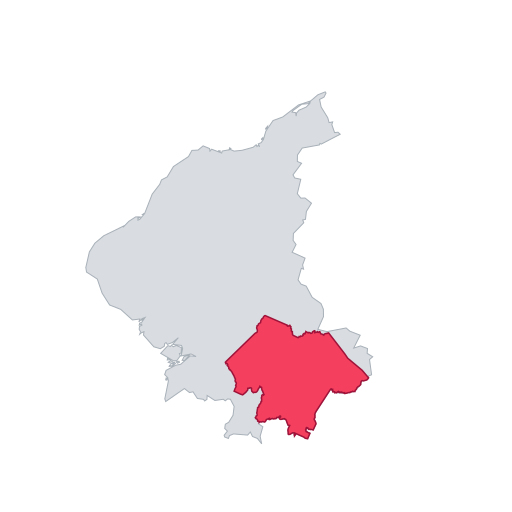 Brazil, with Amazonas highlighted, rotated 204°
{"feature_id": "BRA-592", "entity_name": "Amazonas", "entity_type": "State", "adm_level": 1, "iso_a3": "BRA", "parent_name": "Brazil", "parent_adm1": "", "projection": "natural_earth1", "projection_center": [-64.603, -3.801], "detail": "fine", "context": "in_parent", "style": "filled", "palette": "rose", "viewbox_px": 512, "rotation_deg": 204, "n_neighbors": 0, "source": "natural_earth", "source_scale": "10m", "svg_char_len": 9628}
<svg xmlns="http://www.w3.org/2000/svg" viewBox="0 0 512 512"><g transform="rotate(204 256 256)"><path d="M158.0,114.5L162.2,118.7L167.4,116.7L169.0,119.3L172.0,115.5L179.0,111.7L180.6,108.0L185.1,106.0L185.4,103.7L180.3,102.8L178.9,93.0L174.4,86.7L180.5,89.9L185.8,89.7L189.6,92.9L190.8,89.0L204.2,84.3L207.2,81.1L207.0,78.1L211.0,77.9L212.2,79.3L210.9,84.4L214.4,85.7L215.6,89.8L213.3,93.0L212.2,101.1L214.8,109.7L221.1,114.7L223.8,113.9L225.2,111.2L227.6,111.8L234.8,107.3L243.9,108.7L242.5,105.1L243.9,102.7L245.7,103.7L251.6,102.0L258.3,106.3L261.2,104.2L267.5,105.8L279.3,86.3L281.2,88.4L285.2,106.2L287.2,109.0L291.2,110.5L291.6,115.0L284.9,123.6L280.8,126.4L275.3,138.1L269.9,139.8L275.5,140.1L283.8,134.2L285.4,141.7L287.7,144.0L296.2,141.4L293.7,149.8L297.1,143.1L301.0,139.2L302.9,140.3L303.8,139.1L303.1,136.1L305.7,132.4L312.4,131.5L326.6,138.0L327.6,141.3L329.6,139.0L332.9,141.5L333.8,144.3L332.1,146.3L332.8,147.3L334.6,145.4L335.0,147.2L333.4,149.1L332.3,154.8L334.6,152.5L336.2,148.1L336.5,151.2L342.9,147.3L357.9,152.2L369.8,151.7L381.5,159.5L391.6,170.4L404.3,172.4L406.8,176.3L409.9,192.0L408.4,202.2L403.3,212.6L389.1,229.6L389.1,228.2L386.3,235.9L381.9,242.7L379.8,243.7L378.4,240.7L377.1,242.2L375.0,249.5L376.0,270.3L373.1,282.3L373.3,287.1L369.3,292.1L367.8,304.2L358.1,319.4L357.5,326.4L352.0,329.2L349.1,335.1L342.1,335.3L340.7,333.1L340.0,335.5L329.2,336.1L329.6,338.1L322.6,342.9L318.7,342.9L311.7,346.9L302.8,354.2L301.1,357.7L299.6,356.4L299.0,358.0L297.1,357.3L299.5,359.4L297.4,361.6L296.6,365.5L297.8,374.0L295.5,386.7L288.1,393.9L278.6,411.3L269.9,419.2L269.9,416.6L275.9,413.3L281.4,403.8L281.6,402.1L278.1,403.1L276.2,400.1L277.1,403.1L276.0,406.7L270.7,412.5L268.9,417.1L269.3,419.6L265.0,428.5L259.5,434.1L258.3,433.3L258.5,428.8L261.6,424.9L257.1,418.6L246.7,411.5L243.5,407.6L240.5,409.7L240.2,406.9L234.4,400.7L231.5,402.4L228.6,401.5L241.9,384.8L243.4,384.9L243.2,383.3L257.7,373.4L259.2,365.1L256.7,359.2L252.1,359.2L255.2,345.2L252.4,343.0L246.3,344.3L243.6,329.7L238.6,327.1L234.8,328.9L226.8,326.8L228.1,317.2L225.7,309.6L228.0,307.9L225.9,305.8L231.0,291.8L228.4,285.3L224.1,282.8L224.5,274.1L210.3,274.0L209.8,266.8L207.2,263.3L209.6,263.2L207.9,251.3L203.4,248.6L197.9,248.9L187.9,241.1L177.3,239.0L172.8,234.8L169.7,228.1L169.7,214.1L160.4,215.8L144.4,226.9L139.7,225.5L128.6,226.0L129.3,211.6L123.9,216.4L116.5,216.8L114.9,212.3L108.4,211.4L110.2,207.6L102.1,194.5L104.3,192.2L104.0,188.5L108.8,184.5L108.1,181.2L110.8,172.3L118.9,166.7L127.2,163.6L133.7,164.8L138.1,136.5L136.3,130.3L132.9,126.9L133.0,120.4L140.1,119.6L138.8,116.1L134.6,116.0L134.6,110.1L147.8,110.0L147.6,107.5L149.7,109.7L153.9,106.4L156.1,110.1L156.4,114.8L158.0,114.5ZM288.9,126.7L303.5,128.3L300.0,138.3L297.4,138.5L296.9,140.2L294.7,139.4L292.4,141.9L286.8,141.9L284.9,136.9L286.3,135.7L284.6,133.9L285.8,128.1L288.9,126.7ZM276.4,138.7L278.7,131.6L281.0,130.6L280.8,134.9L276.4,138.7ZM292.9,123.2L291.5,125.8L288.2,125.2L288.7,123.5L292.9,123.2ZM287.9,120.3L287.4,125.7L285.9,125.1L287.9,120.3ZM295.2,126.7L293.2,126.9L292.2,126.5L294.8,124.9L295.2,126.7ZM285.7,126.8L283.6,128.6L282.7,127.7L284.2,126.1L285.7,126.8ZM289.7,122.1L288.6,120.9L290.4,119.8L290.5,120.9L289.7,122.1ZM288.5,108.0L287.2,108.2L287.0,106.3L288.1,106.1L288.5,108.0ZM298.2,379.3L297.8,377.5L298.8,375.9L299.1,376.4L298.2,379.3ZM323.8,342.2L324.1,344.2L322.6,343.8L323.8,342.2ZM297.9,366.8L297.3,365.7L298.3,364.6L298.6,365.1L297.9,366.8ZM334.2,151.2L333.3,153.3L334.3,150.4L334.2,151.2ZM379.0,244.1L377.5,244.6L378.5,243.0L379.0,244.1ZM333.0,336.9L331.5,337.5L331.2,337.1L332.2,336.2L333.0,336.9ZM376.5,247.8L375.9,248.9L375.6,248.2L376.5,247.8ZM330.4,137.2L330.5,138.3L330.0,138.1L330.4,137.2Z" fill="#d9dde1" stroke="#a8b0b8" stroke-width="1"/><path d="M153.6,106.2L154.2,106.4L154.3,106.6L154.9,108.0L155.8,109.4L156.1,110.1L156.4,111.6L156.3,114.2L156.3,114.9L158.0,114.5L161.7,118.3L162.2,118.7L162.7,118.8L163.3,118.7L163.8,119.0L164.3,118.6L165.1,118.3L165.8,117.5L166.9,116.8L168.1,116.7L168.6,117.2L168.7,117.6L168.6,118.2L168.1,118.9L168.2,119.3L168.5,119.7L168.9,119.6L169.2,119.4L169.5,118.9L169.6,118.2L170.2,117.3L171.2,117.2L171.4,116.9L171.5,115.8L171.7,115.4L172.6,115.3L172.6,115.0L173.0,114.7L173.6,114.5L174.0,114.1L174.6,114.3L174.9,114.3L175.9,113.5L176.3,112.7L177.4,111.9L177.8,112.0L177.5,113.0L177.7,113.3L177.9,113.2L178.3,112.5L179.6,111.3L179.9,110.9L180.1,110.3L180.0,109.7L180.2,108.4L180.4,108.1L180.7,107.8L181.3,107.7L182.3,107.7L183.7,106.5L184.1,106.3L184.5,106.3L185.3,106.1L185.5,105.3L185.9,105.8L186.2,106.0L187.3,105.8L187.5,106.0L187.5,106.4L188.3,107.1L188.6,107.3L189.7,107.3L190.9,108.0L190.9,108.3L190.6,109.0L190.8,109.9L190.5,110.2L190.2,111.0L190.7,112.0L191.5,112.9L191.5,113.2L192.0,115.2L192.3,116.0L192.4,116.9L192.9,118.1L192.9,118.3L192.7,118.5L192.2,118.9L192.1,119.2L192.6,120.9L192.5,121.4L192.2,121.8L192.2,122.7L191.9,123.4L191.9,124.0L192.2,124.8L192.1,125.2L191.8,125.5L192.3,126.6L192.6,127.7L193.1,128.0L193.4,128.5L193.5,129.0L193.4,129.8L193.9,130.4L194.0,131.2L193.9,131.5L193.3,132.2L192.5,132.0L192.4,132.8L193.0,133.1L193.9,134.2L194.5,134.6L194.8,135.2L195.3,135.4L196.2,136.1L196.5,136.7L196.9,137.0L197.4,138.2L197.7,138.3L198.3,138.0L198.6,138.4L199.5,138.6L199.4,137.3L199.7,136.0L199.7,135.5L199.9,135.1L199.7,133.9L200.1,132.3L200.6,131.5L201.2,131.1L202.3,130.7L202.6,130.1L203.3,130.1L203.8,130.5L204.8,130.7L205.0,131.1L205.8,132.0L206.1,132.9L206.2,133.3L206.3,133.4L207.1,133.5L207.4,133.2L208.0,133.2L208.4,132.4L209.6,132.0L209.7,131.7L209.1,130.5L209.1,129.9L209.6,128.4L209.7,127.7L210.1,127.0L210.4,126.1L210.8,125.6L211.1,124.9L211.1,124.5L211.6,124.1L211.8,123.7L213.9,123.5L221.0,123.6L221.2,126.4L221.1,127.2L221.2,128.8L221.4,129.2L222.0,129.5L222.0,131.0L222.1,131.6L222.9,132.6L223.5,132.6L224.3,133.4L224.6,134.3L224.6,134.9L224.8,135.2L225.5,135.9L226.0,136.0L226.4,136.7L226.9,137.0L227.2,137.5L228.0,137.9L228.6,138.6L229.4,138.9L229.9,139.5L230.3,139.7L230.5,140.1L231.3,140.4L232.6,141.2L233.1,141.4L233.7,141.3L233.8,141.7L234.3,141.7L235.1,142.1L235.3,142.8L235.8,143.4L236.4,143.6L237.0,144.1L237.7,144.2L237.8,144.4L237.6,145.2L237.8,145.5L238.6,145.9L239.1,145.5L239.7,145.3L239.8,145.5L239.8,146.0L240.5,146.3L241.2,146.0L240.5,146.6L240.6,146.9L240.5,147.4L225.5,184.8L225.1,185.5L224.4,186.2L224.1,186.7L224.1,187.4L224.5,188.6L224.7,189.0L226.1,190.4L226.3,190.9L226.4,192.1L226.7,192.5L226.0,193.3L226.0,194.0L226.1,194.6L226.0,195.1L225.4,196.1L225.0,196.5L224.8,196.9L224.8,197.4L225.2,198.5L225.3,199.5L225.0,200.4L225.1,200.8L224.6,201.9L224.3,202.3L224.4,203.5L223.9,204.9L223.4,205.3L199.4,205.5L199.3,205.0L198.5,204.8L198.1,205.2L197.6,205.3L197.3,206.2L196.9,206.5L196.6,206.3L196.2,205.8L195.3,205.6L195.0,204.4L194.9,204.0L194.0,203.8L193.3,201.9L192.8,201.7L192.1,201.8L192.0,201.1L191.3,200.5L191.1,200.0L191.1,199.6L190.5,199.0L189.8,198.7L189.2,198.6L184.3,198.5L183.8,199.2L183.9,200.0L182.7,200.3L182.6,200.5L182.7,201.0L181.4,201.4L180.7,202.4L180.7,202.8L181.1,203.1L181.2,203.5L181.0,204.0L180.6,204.8L180.1,205.0L179.7,204.7L179.6,204.8L179.6,205.7L179.7,205.9L179.6,206.4L179.7,207.2L179.2,207.0L178.9,207.2L178.5,207.1L177.7,207.0L177.3,207.4L176.8,207.2L176.2,207.8L175.9,207.9L175.1,207.8L174.7,207.5L173.8,208.0L173.4,208.6L173.5,209.7L173.1,210.2L173.0,210.5L172.3,211.5L171.9,211.6L171.6,211.3L171.4,211.0L171.4,210.6L171.1,209.9L169.5,211.2L169.2,211.8L168.7,211.4L168.4,211.4L167.7,211.8L167.5,212.5L166.9,212.8L165.3,211.3L163.8,211.5L161.9,211.3L161.9,212.3L161.1,213.3L160.3,213.7L159.5,214.5L159.1,214.5L158.9,214.9L158.4,215.3L135.1,202.7L130.6,199.9L112.6,194.8L103.6,190.5L104.0,188.4L104.4,188.0L104.5,187.7L107.0,185.6L107.7,185.5L108.4,185.3L108.8,184.6L108.9,183.9L108.7,183.2L108.5,182.1L108.1,181.4L108.1,181.0L108.8,179.2L109.9,177.6L110.1,177.1L110.2,176.3L110.1,175.4L110.5,174.0L110.7,173.7L110.5,172.4L111.0,172.2L111.7,171.9L111.9,171.7L112.7,171.7L112.9,171.3L113.4,170.8L113.8,170.7L114.0,170.3L114.5,170.1L114.7,169.3L115.0,169.2L115.7,169.0L116.9,168.1L117.2,167.6L117.4,167.6L117.9,167.4L118.4,166.8L119.3,166.6L119.4,166.4L119.8,166.6L120.1,166.5L120.4,166.7L120.8,166.4L120.7,166.6L121.1,166.4L121.5,166.5L121.6,166.2L121.8,166.1L122.5,166.0L122.7,166.3L123.0,166.0L123.2,165.7L123.5,165.5L123.9,165.8L124.2,165.4L124.4,165.6L124.6,165.7L124.9,165.4L125.3,165.6L125.5,165.2L125.8,165.6L126.4,164.8L126.6,164.4L126.8,164.2L126.8,163.9L126.9,163.7L127.4,163.5L128.0,163.6L128.4,163.1L128.5,163.2L128.5,163.6L128.8,163.8L129.0,163.4L129.4,163.7L130.1,163.3L130.6,163.6L130.7,163.3L130.8,163.4L131.0,163.6L131.0,164.3L131.4,164.8L131.6,164.8L131.8,165.2L132.4,164.4L132.7,164.5L132.8,164.9L133.2,165.2L133.7,164.7L137.9,138.6L138.0,136.9L138.1,136.4L137.8,135.6L137.8,134.8L137.1,134.1L137.1,133.7L136.8,133.4L136.8,133.0L136.3,132.3L136.7,131.5L136.5,131.2L136.4,130.4L136.2,130.1L135.4,129.8L134.7,129.1L134.5,128.7L133.9,128.5L132.9,127.1L133.0,120.3L133.4,120.3L134.9,120.1L135.8,119.5L136.4,119.7L136.6,119.4L137.5,119.0L137.8,119.1L138.4,119.8L138.9,119.7L138.9,120.0L139.5,120.0L139.7,119.8L140.0,119.9L140.2,119.7L140.1,119.3L139.8,119.0L140.0,118.8L139.9,117.9L140.1,117.9L140.1,117.7L139.6,117.4L139.7,117.0L139.0,116.2L138.5,115.9L138.0,116.3L137.5,116.0L137.0,116.0L136.4,115.9L135.6,116.0L135.6,115.8L135.3,115.7L134.8,116.0L134.6,116.0L134.5,110.1L134.9,110.1L135.5,109.8L136.2,109.8L136.7,109.5L137.0,109.5L138.5,110.0L147.9,110.0L147.7,109.8L147.6,109.6L147.3,109.5L147.2,109.0L147.6,107.3L147.8,107.7L148.3,107.9L148.9,109.5L149.2,109.7L149.7,109.8L150.6,109.4L152.4,106.9L153.6,106.2Z" fill="#f43f5e" stroke="#9f1239" stroke-width="1.5"/></g></svg>